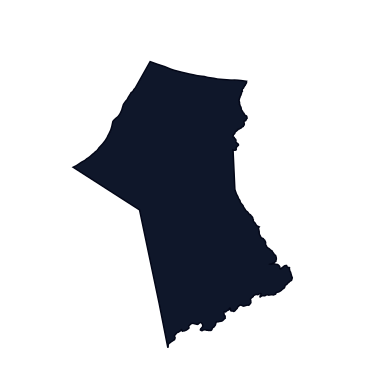 Coronel Felipe Varela, La Rioja, Argentina, rotated 236°
{"feature_id": "61730980B22460334108875", "entity_name": "Coronel Felipe Varela", "entity_type": "district", "adm_level": 2, "iso_a3": "ARG", "parent_name": "Argentina", "parent_adm1": "La Rioja", "projection": "mercator", "projection_center": [-68.539, -29.475], "detail": "fine", "context": "isolated", "style": "filled", "palette": "ink", "viewbox_px": 384, "rotation_deg": 236, "n_neighbors": 0, "source": "geoboundaries", "source_scale": "gbopen_adm2", "svg_char_len": 5805}
<svg xmlns="http://www.w3.org/2000/svg" viewBox="0 0 384 384"><g transform="rotate(236 192 192)"><path d="M323.5,230.2L309.9,203.1L309.5,201.3L308.7,199.7L308.4,198.8L308.4,197.0L307.9,196.2L306.1,192.1L305.2,190.5L304.8,189.7L304.4,187.9L303.1,184.5L302.7,183.8L300.4,181.0L299.2,179.6L297.3,176.5L296.6,174.9L296.0,173.2L295.8,172.3L295.7,170.5L295.3,167.8L294.8,166.0L294.2,165.3L291.1,162.1L288.8,159.3L286.5,155.4L285.7,153.8L284.7,152.3L283.2,149.0L281.8,144.7L280.6,139.4L280.1,138.6L280.0,137.7L279.6,136.9L279.4,136.1L279.4,134.2L279.1,133.4L278.9,130.7L278.4,127.1L278.3,125.3L278.4,123.5L278.1,120.8L278.5,117.2L278.5,110.9L279.0,107.3L206.5,138.5L118.1,102.5L76.4,84.9L76.9,85.5L77.2,85.6L77.5,86.1L78.1,86.4L78.8,87.0L79.2,87.8L79.4,88.7L79.3,90.0L79.5,90.9L79.4,92.7L79.5,93.9L79.3,94.8L79.9,95.7L80.6,96.5L82.6,96.9L82.7,97.1L83.7,100.5L83.8,101.0L83.4,102.3L83.4,104.7L83.4,105.2L83.9,105.9L83.8,106.4L83.6,106.4L83.3,106.2L82.4,106.1L82.1,106.2L81.8,106.4L81.8,106.9L81.2,107.9L80.7,109.9L80.7,111.7L80.9,113.4L81.4,113.7L82.4,114.1L82.9,114.5L83.2,117.4L83.2,118.1L82.6,119.4L81.6,120.2L81.0,120.8L80.5,121.2L80.4,121.4L79.8,121.8L79.1,122.6L79.0,123.0L79.3,125.2L79.2,125.8L78.8,126.2L78.3,126.6L77.7,126.7L76.6,126.7L75.8,126.5L74.5,125.7L73.8,123.4L73.7,122.7L73.4,122.4L73.3,122.1L72.9,121.8L72.4,122.0L71.4,122.7L71.4,123.7L70.8,125.3L70.0,126.3L69.4,126.6L68.5,127.9L68.1,128.1L67.2,129.5L66.8,130.0L66.6,130.5L66.7,131.2L67.2,132.1L67.7,132.6L67.9,133.0L67.8,134.6L68.6,136.9L68.8,137.2L69.2,137.5L69.5,138.0L70.1,138.6L70.5,139.4L70.7,139.8L70.6,140.2L70.0,140.6L69.8,140.9L69.4,142.3L69.2,142.5L68.3,144.6L68.3,145.5L68.4,146.4L68.7,147.6L68.8,149.0L69.9,149.5L70.4,150.0L70.7,150.1L72.1,149.9L72.4,150.0L73.2,150.5L73.9,150.8L74.4,151.2L74.8,151.8L74.6,152.2L74.0,152.5L73.8,152.8L73.8,153.1L74.0,153.7L74.0,155.6L73.7,156.2L73.8,156.9L74.5,157.6L74.7,158.2L74.2,158.8L73.9,158.7L73.4,158.3L73.0,158.1L71.7,157.8L71.3,158.1L71.0,158.8L69.7,159.7L69.6,159.9L69.5,160.6L69.6,161.6L69.9,162.3L70.3,164.4L70.8,165.1L71.2,166.0L71.2,166.4L71.4,166.6L71.4,166.9L71.3,167.6L71.5,168.2L71.2,168.9L70.9,169.1L70.6,169.6L69.0,170.5L68.7,170.7L68.3,171.5L67.5,174.1L66.8,175.4L66.4,175.7L66.4,176.2L67.0,178.3L67.4,179.0L67.9,179.2L68.8,179.9L69.6,180.1L70.5,180.6L70.7,180.8L71.0,182.2L71.1,184.3L71.6,184.8L71.7,185.4L71.7,185.9L71.5,186.2L71.4,187.8L70.3,188.8L70.0,189.4L69.9,190.6L69.6,191.9L69.1,192.3L68.7,192.4L68.2,191.8L68.0,190.7L67.6,190.2L67.1,189.7L66.8,189.9L66.9,190.6L66.8,191.8L66.6,192.5L65.3,194.2L65.1,195.1L65.2,196.0L65.0,196.4L64.4,197.5L63.9,197.6L63.6,197.9L63.3,198.5L63.2,198.9L62.7,199.8L62.5,200.3L61.9,201.1L61.0,202.1L61.0,202.5L60.6,204.0L60.7,204.4L61.3,205.1L61.4,206.1L60.7,207.9L60.5,209.5L60.6,210.0L60.5,210.9L60.9,212.8L60.8,213.9L60.9,215.0L61.6,216.1L62.2,216.6L62.5,216.9L62.5,217.8L62.4,218.2L62.5,219.5L62.9,220.2L62.9,221.9L63.3,222.7L63.1,225.1L63.7,225.8L64.2,226.6L64.9,227.0L65.2,227.4L66.1,227.4L70.5,228.9L71.2,228.8L72.2,229.1L72.8,229.4L73.6,229.6L74.4,230.2L74.7,230.5L75.3,230.2L75.6,229.5L76.0,229.1L76.4,229.0L78.2,229.3L78.4,229.1L79.0,227.7L79.0,226.5L79.1,226.1L79.0,225.9L78.8,225.7L78.9,224.3L78.8,223.8L78.6,223.4L78.7,222.5L79.2,222.1L79.8,222.4L79.9,222.5L80.3,222.6L80.7,222.9L82.0,223.0L83.0,222.8L83.9,222.5L84.5,222.0L84.7,221.5L85.3,221.1L85.9,220.3L87.2,219.3L87.5,217.8L88.0,216.9L88.4,216.6L87.8,218.6L87.7,219.8L87.5,220.1L87.5,221.0L87.7,221.6L87.7,222.9L88.5,223.5L89.1,224.3L89.5,224.6L90.2,225.0L92.1,225.7L92.9,225.8L93.5,225.4L94.1,225.1L95.1,225.4L97.4,225.2L98.0,225.5L100.0,224.7L102.1,224.2L103.0,223.7L104.0,223.4L104.9,223.3L105.3,223.3L105.5,223.5L106.9,223.5L108.7,224.5L109.1,224.9L111.5,225.3L112.3,225.0L113.5,225.0L115.2,223.9L115.8,223.7L116.3,223.9L119.0,224.2L119.9,224.5L121.7,225.6L124.5,226.7L125.0,227.0L125.3,227.5L125.5,228.2L126.4,227.6L126.9,227.4L127.4,227.0L128.1,226.8L129.8,226.8L130.9,227.0L131.8,226.6L132.3,226.7L133.5,226.6L134.0,226.7L134.6,227.3L135.5,227.4L137.0,228.0L138.5,227.9L139.1,227.7L140.4,227.7L141.6,227.1L142.4,226.9L143.8,227.0L144.8,226.8L145.8,226.4L146.6,226.2L147.0,226.2L147.4,226.3L150.7,226.3L152.2,226.7L155.6,226.3L156.6,226.4L158.3,227.0L159.9,226.9L161.0,227.0L162.3,227.4L165.3,227.7L168.5,228.5L170.2,229.0L204.0,249.6L203.3,250.1L202.6,250.9L202.3,251.7L202.3,252.1L202.7,252.6L203.7,253.1L204.2,253.8L204.7,255.4L204.7,256.2L204.9,256.8L205.3,257.0L206.0,257.1L208.1,256.4L208.9,256.4L209.5,256.7L210.2,257.3L210.7,257.5L211.4,257.6L212.0,257.4L212.8,257.3L213.1,257.3L213.7,257.5L214.4,257.0L214.7,256.8L215.0,256.9L215.8,257.8L216.2,258.0L216.6,260.1L217.4,261.1L217.6,261.5L217.7,263.3L217.9,263.6L217.8,264.4L218.2,265.3L218.1,265.7L217.8,266.5L217.8,267.6L217.6,268.6L217.9,269.8L217.7,271.2L218.1,271.6L218.4,272.7L218.8,273.1L219.1,273.4L220.2,273.8L220.6,274.1L221.2,274.2L221.6,274.6L221.6,274.8L221.3,275.5L221.2,276.5L221.7,277.4L222.1,277.9L222.3,278.9L222.5,279.1L223.2,279.2L223.7,279.4L224.0,279.7L224.4,279.7L225.0,279.5L225.7,279.0L226.6,278.8L227.5,278.8L228.1,279.1L229.1,278.7L229.6,278.7L230.3,279.0L232.4,278.9L234.9,280.0L237.0,280.1L237.2,280.4L237.5,280.5L238.2,280.3L238.4,280.4L239.1,281.3L239.6,281.3L240.6,281.9L241.8,282.3L242.0,282.5L242.8,283.6L243.4,283.9L243.7,284.8L244.4,285.4L244.8,286.5L245.2,286.7L245.8,287.9L246.6,288.4L247.1,289.4L247.4,290.2L248.1,290.3L248.6,290.7L249.4,291.7L249.3,292.0L249.4,292.8L250.3,294.2L250.3,294.5L250.7,294.9L250.7,295.7L251.3,296.3L251.4,297.0L252.2,298.4L253.2,298.9L253.3,299.1L257.0,295.0L259.3,292.2L260.9,290.1L262.9,287.0L271.4,276.3L274.0,273.8L278.2,269.1L281.0,266.7L282.7,264.6L285.7,261.2L288.4,258.7L291.6,255.5L293.6,253.7L296.9,250.6L303.0,245.2L305.9,243.0L311.2,239.5L317.6,234.5L323.5,230.2Z" fill="#0f172a" stroke="#020617" stroke-width="1.5"/></g></svg>